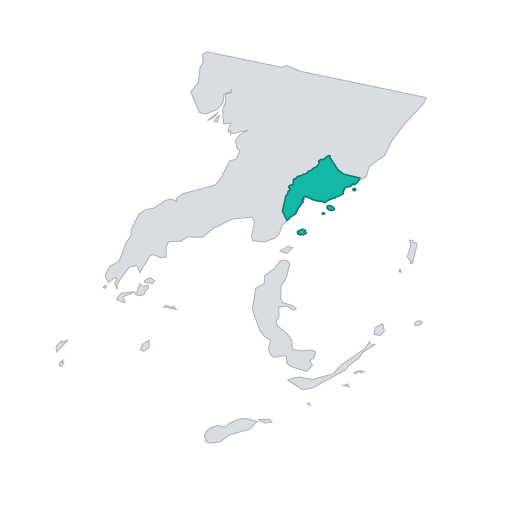 Madang highlighted on a map of Papua New Guinea, rotated 102°
{"feature_id": "PNG-1240", "entity_name": "Madang", "entity_type": "Province", "adm_level": 1, "iso_a3": "PNG", "parent_name": "Papua New Guinea", "parent_adm1": "", "projection": "equal_earth", "projection_center": [145.623, -4.997], "detail": "fine", "context": "in_parent", "style": "filled", "palette": "teal", "viewbox_px": 512, "rotation_deg": 102, "n_neighbors": 0, "source": "natural_earth", "source_scale": "10m", "svg_char_len": 7815}
<svg xmlns="http://www.w3.org/2000/svg" viewBox="0 0 512 512"><g transform="rotate(102 256 256)"><path d="M66.5,346.7L66.1,270.7L63.2,265.0L66.1,251.5L65.7,122.7L71.2,123.3L97.5,139.0L115.2,147.2L130.7,151.0L145.0,163.9L155.5,164.6L171.1,182.7L177.4,183.9L188.5,199.0L189.2,211.2L187.9,219.0L204.8,226.3L220.9,236.8L229.6,237.9L234.5,241.5L240.5,250.4L241.6,262.3L238.1,264.4L223.0,264.4L218.8,268.2L224.8,286.9L238.4,304.1L248.7,311.9L251.7,327.3L256.9,332.2L260.2,344.4L265.5,345.7L275.9,343.7L277.5,348.8L276.0,356.6L277.5,359.7L296.5,366.2L290.1,370.3L293.0,377.4L305.4,383.4L313.1,385.7L317.7,385.0L312.3,388.5L307.4,387.4L306.5,388.5L308.5,391.5L312.5,394.6L308.3,398.7L304.2,399.3L296.5,396.7L289.8,389.0L269.1,385.6L261.9,382.3L256.2,383.5L239.4,379.3L233.9,373.9L230.3,365.8L220.3,355.9L218.0,351.1L219.0,344.7L216.2,345.6L210.5,341.0L195.3,310.9L187.5,306.7L168.3,301.5L165.5,295.7L156.4,293.5L154.4,297.3L147.1,300.0L140.8,297.1L134.6,289.8L142.0,306.4L139.4,306.3L140.6,308.9L139.2,309.3L131.1,308.3L133.6,315.2L120.4,319.0L110.5,317.7L105.8,319.4L103.9,319.2L101.3,314.1L97.7,315.0L100.7,315.1L104.6,321.0L112.8,320.2L120.8,324.6L127.6,334.5L127.3,341.3L109.1,353.9L98.4,348.5L82.9,349.9L77.4,347.8L70.5,350.2L66.5,346.7ZM343.4,178.1L347.2,181.6L351.0,178.0L358.4,182.4L356.9,199.0L354.5,203.5L348.3,205.2L347.5,207.7L351.5,217.4L349.8,220.9L344.4,224.6L335.5,224.1L333.1,230.8L328.1,236.8L308.7,248.6L287.8,249.5L280.9,242.2L273.6,243.6L264.0,235.0L255.8,231.5L254.2,228.2L254.4,223.9L256.6,221.4L271.1,221.8L280.3,225.2L292.4,223.2L295.8,220.5L297.1,209.9L299.1,205.5L301.1,207.5L298.6,215.8L301.4,223.1L310.0,221.0L315.5,222.7L319.7,220.5L325.9,209.0L330.7,203.7L339.5,201.1L339.4,192.6L336.3,181.0L337.6,177.6L343.4,178.1ZM448.8,263.2L447.6,267.0L447.1,265.7L442.6,269.2L437.6,268.1L433.1,264.4L429.7,257.7L429.6,250.1L424.7,246.8L418.3,237.2L417.1,230.8L417.6,220.4L426.9,226.5L436.4,244.5L445.4,252.6L448.8,263.2ZM377.0,182.8L370.7,199.3L366.9,192.6L365.4,187.8L365.1,175.2L355.2,156.2L345.0,150.0L324.2,130.3L316.0,127.1L318.1,126.3L318.1,121.4L328.3,131.7L334.7,134.2L343.2,142.1L348.9,144.8L374.0,174.3L377.0,182.8ZM211.3,100.8L231.0,101.5L231.3,103.7L228.7,103.9L225.4,107.9L213.6,106.8L208.5,108.9L208.1,106.0L210.0,105.2L209.7,102.2L211.3,100.8ZM309.7,354.5L313.3,357.3L316.3,357.0L318.6,360.2L319.0,365.5L317.7,366.7L316.8,365.1L307.3,364.0L309.2,361.0L307.4,355.0L309.7,354.5ZM308.1,124.5L301.2,124.4L295.9,118.0L302.7,114.9L307.9,117.9L308.1,124.5ZM323.6,377.6L328.1,374.3L329.1,375.4L327.4,383.6L320.5,380.1L316.0,366.9L323.6,377.6ZM360.4,343.0L367.9,341.5L371.5,345.0L372.6,346.3L371.8,349.8L365.6,348.3L360.4,343.0ZM377.2,422.2L391.3,431.2L386.0,432.7L381.6,430.2L381.1,428.0L379.3,428.8L380.2,427.2L377.2,422.2ZM246.2,233.6L240.0,226.7L240.3,222.1L247.0,226.2L246.2,233.6ZM305.0,359.6L303.2,359.8L299.1,355.0L301.6,349.7L304.4,351.7L305.0,359.6ZM415.6,220.0L412.9,208.9L415.2,205.6L417.6,212.6L415.6,220.0ZM224.5,220.0L220.2,215.7L223.4,211.7L225.3,213.8L224.5,220.0ZM290.9,86.2L288.5,87.0L285.3,83.4L286.2,79.3L289.9,82.0L290.9,86.2ZM195.8,192.7L193.2,196.7L191.5,193.7L194.4,189.2L195.8,192.7ZM324.9,322.7L325.0,335.9L323.0,333.3L324.0,327.8L322.0,326.3L324.9,322.7ZM129.3,326.1L133.5,331.6L123.2,322.9L129.3,326.1ZM132.9,324.9L127.3,322.6L126.2,320.9L132.8,321.7L132.9,324.9ZM404.6,423.5L404.2,425.3L400.5,425.7L398.0,423.0L400.4,423.6L400.1,421.8L404.6,423.5ZM364.5,137.6L364.6,143.8L362.0,139.5L364.5,137.6ZM350.7,134.3L349.6,136.0L347.0,131.7L347.5,130.8L350.7,134.3ZM318.9,396.3L318.5,398.9L316.0,397.6L316.4,395.9L318.9,396.3ZM348.4,129.6L346.4,130.3L346.8,126.1L348.4,129.6ZM241.5,110.2L241.7,113.2L238.9,112.5L241.5,110.2ZM390.6,172.1L390.2,174.9L388.7,174.0L390.6,172.1Z" fill="#d9dde1" stroke="#a8b0b8" stroke-width="1"/><path d="M158.2,170.5L158.4,170.7L158.8,170.9L162.0,171.5L163.0,172.0L163.7,172.8L164.1,173.3L164.9,173.5L165.5,174.1L165.6,174.3L165.8,174.5L165.7,175.0L165.4,175.2L165.3,175.3L165.3,175.8L165.4,176.2L165.7,176.6L166.9,176.9L167.3,177.2L168.1,178.2L168.7,178.7L168.8,178.9L168.8,180.1L168.9,180.3L169.2,180.6L170.2,182.4L170.9,182.9L173.5,184.1L174.5,184.1L175.6,183.7L176.7,183.6L177.7,184.1L178.8,185.9L180.3,187.6L181.3,189.1L181.5,189.6L182.0,190.6L182.3,190.8L182.5,190.8L182.7,190.7L182.8,190.7L183.2,191.3L183.7,192.9L186.5,197.1L186.9,197.6L187.4,197.9L187.8,198.2L187.9,198.4L188.8,198.7L189.0,199.0L189.4,199.7L189.6,200.3L189.6,200.6L189.3,200.9L189.1,201.7L188.9,203.2L189.0,204.0L189.2,205.4L189.3,206.1L189.4,206.3L189.6,206.8L189.6,207.1L189.6,207.4L189.4,207.8L189.3,208.2L189.3,208.3L189.3,209.5L189.1,210.3L189.1,210.6L189.2,212.1L189.1,212.7L188.9,213.4L188.0,215.1L187.9,215.8L187.9,216.1L188.0,216.6L188.1,217.0L188.0,217.4L187.6,218.6L187.5,219.7L187.8,220.7L188.3,221.5L189.0,221.9L190.6,221.5L191.2,221.7L191.6,222.8L191.8,222.6L191.9,222.1L191.9,221.9L192.1,221.9L192.2,222.0L192.3,222.1L192.6,221.6L193.0,221.5L193.3,221.5L193.7,221.1L194.1,221.7L194.6,222.0L195.0,222.1L195.6,222.6L195.8,222.3L196.0,222.4L196.1,222.6L196.4,222.6L197.3,223.1L197.7,223.3L198.3,223.2L198.6,223.3L198.8,223.6L198.9,224.0L199.2,224.2L199.8,224.2L200.3,224.5L200.6,224.6L201.0,224.5L201.3,224.7L201.5,225.0L202.0,225.2L202.5,225.0L202.9,224.9L203.2,224.9L203.4,225.0L203.9,225.4L204.0,225.5L204.2,225.8L204.5,225.9L204.9,225.9L204.7,225.9L205.3,225.9L205.8,225.7L206.2,225.8L206.7,226.2L206.8,226.5L206.9,226.9L207.1,227.2L207.7,227.3L208.0,227.5L211.2,230.9L212.9,231.5L213.8,232.2L214.4,232.4L214.6,232.6L214.7,233.2L214.6,233.3L206.7,239.5L191.1,239.4L190.4,238.8L189.8,238.2L189.4,238.2L186.0,238.0L185.8,237.9L185.6,237.7L185.2,237.1L184.9,236.8L184.4,236.7L183.9,236.7L183.3,236.8L183.0,237.0L182.7,237.4L182.6,237.7L182.4,238.1L182.0,238.3L181.5,238.3L180.6,238.1L180.1,237.8L179.6,237.3L178.6,235.0L178.2,234.7L177.8,234.7L175.7,235.1L175.0,235.1L173.1,235.2L172.0,233.6L171.3,232.8L169.9,232.2L169.4,231.5L168.0,228.6L167.5,228.0L166.7,227.3L166.1,226.7L165.8,226.0L165.3,224.6L165.2,224.4L165.0,224.1L164.7,223.8L164.4,223.5L163.0,222.9L162.4,222.5L161.8,221.8L161.4,221.1L161.0,220.3L160.7,219.7L160.2,219.4L158.8,218.7L158.1,218.1L157.6,217.6L157.0,216.4L156.7,215.9L156.2,215.4L152.5,213.6L152.0,213.5L151.7,213.5L151.3,213.9L151.0,214.2L150.7,214.5L149.6,214.2L148.9,213.3L148.5,213.0L148.2,212.9L148.0,212.6L147.9,211.8L147.8,211.2L147.6,210.9L147.5,210.7L147.5,210.4L147.5,210.2L147.4,209.9L147.4,209.7L146.7,209.0L146.6,208.9L146.1,208.9L145.9,208.9L145.6,208.7L144.7,208.0L143.2,206.3L142.8,205.9L142.7,205.5L142.6,205.4L142.6,205.1L142.5,204.4L143.6,204.3L144.5,203.9L154.7,193.7L157.7,187.2L158.1,170.6L158.2,170.5ZM225.4,214.4L225.4,215.2L225.6,216.0L225.9,216.7L226.3,217.1L226.3,217.4L225.9,217.9L225.8,218.6L225.8,219.2L225.7,219.7L225.5,219.9L225.4,219.9L225.2,219.8L225.0,219.7L224.8,219.9L224.2,220.4L223.3,220.4L222.6,219.7L221.5,218.1L220.6,217.1L220.3,216.6L220.2,216.1L220.1,215.5L220.3,214.3L220.5,213.5L220.7,213.2L221.7,212.9L222.1,212.5L222.5,212.1L222.9,211.7L223.5,211.7L224.3,213.0L224.7,213.4L225.3,213.7L225.4,213.9L225.4,214.4ZM194.4,189.1L194.7,189.5L195.7,190.8L195.8,191.3L195.9,192.2L195.9,193.4L195.8,193.7L195.7,194.0L195.6,194.8L195.5,195.2L195.2,195.5L194.3,196.3L193.6,196.7L192.9,196.9L192.5,196.7L191.7,195.6L191.6,195.4L191.4,194.9L191.3,194.3L191.3,193.7L191.4,193.0L191.8,191.6L192.1,191.0L193.3,189.2L193.8,188.9L194.4,189.1ZM170.9,172.3L171.3,172.5L171.6,172.9L171.7,173.5L171.6,174.1L171.4,174.7L171.2,174.9L170.8,175.1L170.3,175.1L169.9,174.9L169.6,174.4L169.5,173.7L169.5,173.1L169.6,172.7L169.8,172.6L170.0,172.7L170.5,172.2L170.9,172.3ZM199.7,199.1L199.7,198.5L199.9,198.1L200.2,197.8L200.7,197.8L201.1,198.5L201.2,198.9L201.2,199.4L200.9,199.2L200.8,199.3L200.7,199.4L200.8,200.0L200.4,200.1L199.9,199.7L199.7,199.1Z" fill="#14b8a6" stroke="#0f766e" stroke-width="1.5"/></g></svg>